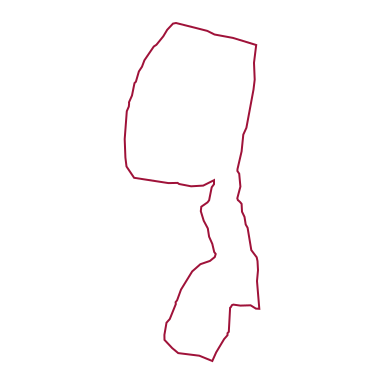 outline of Yupiltepeque, Jutiapa, Guatemala
{"feature_id": "79465075B99403768988666", "entity_name": "Yupiltepeque", "entity_type": "district", "adm_level": 2, "iso_a3": "GTM", "parent_name": "Guatemala", "parent_adm1": "Jutiapa", "projection": "orthographic", "projection_center": [-89.785, 14.166], "detail": "fine", "context": "isolated", "style": "outline", "palette": "rose", "viewbox_px": 384, "rotation_deg": 0, "n_neighbors": 0, "source": "geoboundaries", "source_scale": "gbopen_adm2", "svg_char_len": 1270}
<svg xmlns="http://www.w3.org/2000/svg" viewBox="0 0 384 384"><path d="M195.2,27.8L176.0,23.0L173.0,23.6L167.2,29.8L163.3,36.3L156.4,44.8L153.8,46.5L144.4,60.3L142.0,66.7L138.9,71.4L135.9,81.7L134.5,83.1L132.0,95.5L129.0,102.3L129.1,103.9L128.8,106.6L126.8,111.2L124.7,139.1L125.4,157.5L126.5,166.5L134.1,177.8L168.5,183.1L177.6,182.9L179.1,184.0L191.1,186.3L203.2,185.6L214.0,180.2L214.0,184.2L211.7,187.3L209.1,200.3L207.5,202.4L201.3,206.7L200.8,211.2L203.7,220.7L207.8,228.4L209.1,236.7L212.3,243.9L214.2,252.0L215.7,254.0L214.8,257.0L210.0,260.9L200.4,264.2L192.2,271.4L181.0,289.6L177.1,300.3L175.6,302.2L175.8,304.1L169.8,319.0L166.5,322.7L164.4,334.9L164.5,339.9L172.2,348.1L178.2,353.1L199.3,355.7L212.3,361.0L216.2,352.3L224.1,339.1L227.5,335.2L227.5,333.2L228.8,331.8L230.1,307.8L231.0,306.9L231.9,305.2L233.3,304.6L240.3,305.6L250.6,305.3L255.9,308.6L259.3,308.8L257.0,281.1L258.0,270.2L257.5,261.1L256.7,257.3L251.3,250.1L247.6,227.8L245.7,224.5L244.5,216.9L242.0,211.7L241.6,203.9L240.4,202.4L239.1,201.1L237.9,200.1L237.3,198.3L240.4,186.6L239.2,173.7L237.4,171.0L237.5,169.1L241.6,151.4L243.3,134.6L246.4,127.8L253.5,89.6L254.7,79.6L254.0,62.8L256.2,45.0L232.9,37.9L214.5,34.5L207.3,30.9L195.2,27.8Z" fill="none" stroke="#9f1239" stroke-width="2"/></svg>